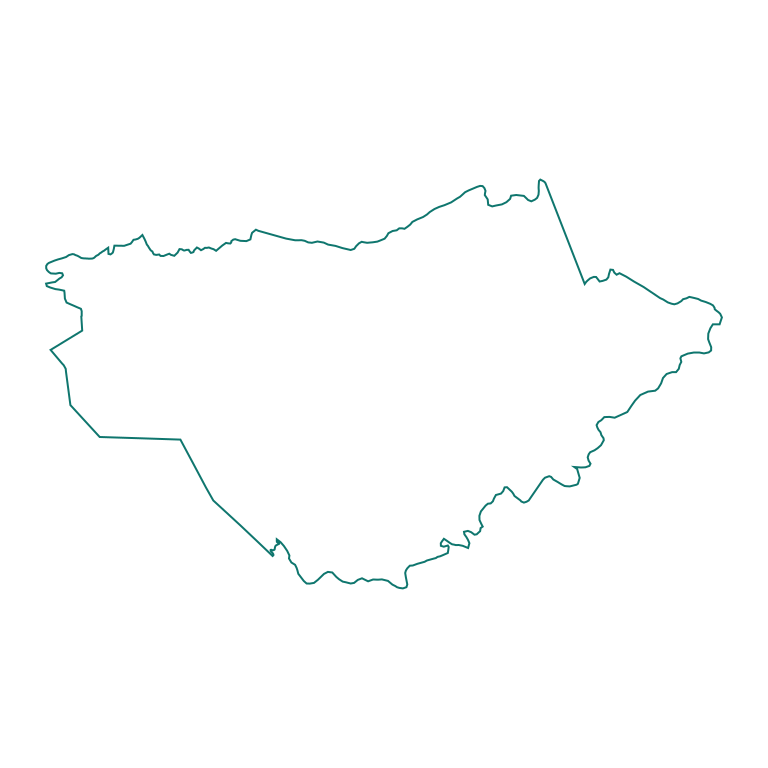 Cosautlán de Carvajal, Veracruz, Mexico
{"feature_id": "50627088B10662501501563", "entity_name": "Cosautlán de Carvajal", "entity_type": "district", "adm_level": 2, "iso_a3": "MEX", "parent_name": "Mexico", "parent_adm1": "Veracruz", "projection": "orthographic", "projection_center": [-96.973, 19.329], "detail": "fine", "context": "isolated", "style": "outline", "palette": "teal", "viewbox_px": 768, "rotation_deg": 0, "n_neighbors": 0, "source": "geoboundaries", "source_scale": "gbopen_adm2", "svg_char_len": 6051}
<svg xmlns="http://www.w3.org/2000/svg" viewBox="0 0 768 768"><path d="M714.8,309.3L714.5,307.7L713.0,305.4L710.2,303.8L705.7,302.0L701.1,300.6L698.2,299.0L694.7,298.1L691.7,297.4L689.3,296.9L686.5,298.3L683.1,299.2L681.3,301.1L677.5,303.4L674.3,304.3L671.5,303.7L667.8,302.4L663.2,299.5L660.1,298.1L643.6,287.0L634.1,281.6L626.3,276.7L619.5,273.2L616.6,274.7L614.3,272.6L613.0,269.9L610.4,269.6L609.0,274.0L608.3,277.3L606.4,279.6L602.6,280.9L599.6,281.5L597.6,278.9L596.1,277.0L593.8,276.9L590.1,278.4L587.6,280.5L586.2,281.9L584.7,284.0L566.7,237.7L552.5,201.2L545.5,183.2L544.5,181.9L543.1,181.0L540.3,179.6L539.0,181.0L538.7,185.3L538.6,187.8L538.8,191.0L538.5,194.7L537.1,197.9L534.8,199.7L531.3,201.3L528.1,200.0L526.6,198.5L523.9,195.9L516.2,195.0L511.1,195.7L510.1,198.9L506.4,202.2L501.9,204.4L496.1,205.5L492.2,206.4L488.2,204.8L487.7,199.4L486.1,197.0L484.8,195.1L485.0,193.3L485.5,190.9L484.4,188.1L482.6,186.1L480.1,185.9L477.0,186.9L471.8,189.1L468.7,190.4L465.1,192.2L462.7,194.4L460.0,196.8L457.2,198.4L451.1,202.4L444.4,205.2L439.2,206.9L434.5,209.0L429.8,212.0L427.0,214.5L423.1,217.0L417.2,219.4L412.4,221.9L410.2,224.6L407.4,226.8L404.5,228.8L401.9,228.3L399.3,228.3L396.7,230.3L392.6,231.0L388.4,233.2L386.9,235.9L384.6,238.7L380.2,240.5L377.4,241.6L372.8,242.3L367.1,242.8L363.5,242.2L361.7,241.8L359.0,243.3L356.1,246.2L354.3,248.8L350.7,250.0L342.5,248.1L335.5,245.9L328.1,244.6L323.8,242.6L319.2,241.8L317.5,241.5L311.9,242.8L308.2,242.4L304.7,240.8L301.6,240.2L295.3,240.3L286.1,238.6L258.3,230.8L255.9,229.7L252.1,232.8L251.4,234.9L250.8,237.5L250.4,239.4L246.4,241.1L244.5,241.0L240.3,240.8L237.4,239.9L236.7,239.7L235.2,239.2L233.3,239.6L231.3,241.2L231.2,242.5L230.3,243.5L227.9,243.3L226.0,242.9L224.9,243.7L222.2,245.6L216.1,250.8L213.6,249.2L211.3,248.5L208.9,247.5L206.7,247.9L205.0,247.8L203.2,249.1L201.0,250.2L198.8,248.5L196.9,247.5L194.1,250.4L193.4,252.1L191.8,252.7L190.9,252.9L189.7,251.5L188.6,249.8L186.5,249.9L184.6,250.5L183.6,250.4L181.8,249.3L179.5,249.1L177.6,252.6L174.3,255.8L170.8,254.8L169.3,253.7L167.2,254.5L163.5,256.0L160.5,255.9L159.2,254.5L156.2,254.9L153.9,254.4L153.0,253.0L152.4,251.5L150.7,250.3L148.9,247.6L148.0,246.0L146.8,244.5L145.8,241.9L145.1,240.3L144.4,238.8L142.4,235.0L140.8,236.5L139.4,237.8L137.8,238.8L135.5,239.5L133.5,239.8L132.0,242.0L130.6,243.7L127.8,244.6L124.2,245.8L117.6,245.7L114.4,245.7L114.1,247.3L113.8,249.0L113.1,251.7L112.8,252.6L111.8,253.5L110.5,254.4L108.5,253.9L108.2,247.7L105.9,249.3L104.3,250.5L103.6,251.0L102.7,251.4L100.8,252.8L99.7,253.4L98.8,254.4L97.8,255.1L96.7,255.6L95.8,256.2L94.9,257.1L94.1,257.8L93.1,258.3L92.0,258.6L90.9,258.6L89.7,258.7L88.6,258.7L87.5,258.5L86.3,258.5L85.2,258.4L84.0,258.4L81.8,258.1L80.7,257.7L79.7,257.0L77.7,255.9L77.0,255.6L75.5,255.1L74.0,254.3L72.4,254.1L68.9,255.1L66.1,257.0L61.8,258.4L58.1,259.4L54.5,260.6L48.9,262.9L47.4,264.0L46.2,265.9L46.2,268.3L47.0,270.1L48.7,271.9L50.1,272.9L50.9,273.4L55.8,273.7L59.3,272.9L62.2,273.3L63.0,275.3L61.6,277.3L59.5,278.5L57.4,280.2L55.1,282.0L52.2,282.4L46.1,283.6L46.8,286.1L50.2,287.5L55.4,289.1L59.1,289.6L64.2,290.7L64.5,292.6L64.9,298.6L66.6,302.6L66.9,302.7L70.0,304.1L74.2,305.9L77.1,307.2L80.9,308.8L81.2,309.7L81.4,310.2L81.7,311.2L81.7,311.8L81.7,315.8L81.5,316.4L81.3,316.5L82.2,330.6L50.6,349.9L62.0,363.4L63.7,365.2L65.7,368.8L66.0,371.8L70.4,405.1L85.0,421.0L99.7,437.0L141.2,438.3L180.4,439.6L194.2,465.4L206.0,487.6L213.3,500.5L240.5,525.5L257.0,541.1L272.6,556.0L273.4,555.2L273.4,554.5L273.1,553.8L272.4,552.8L271.5,552.0L270.9,551.2L270.6,550.5L270.7,549.9L271.5,549.8L272.5,550.3L273.3,550.2L274.1,549.9L274.6,549.5L274.8,548.3L275.0,547.2L275.4,546.1L276.0,545.4L277.0,544.9L279.1,543.8L279.1,543.2L278.2,542.8L277.4,542.4L276.9,541.9L276.8,541.0L276.8,539.3L280.6,542.2L283.9,546.0L287.2,550.9L289.4,555.5L289.0,558.5L291.4,562.5L295.1,564.8L296.6,567.9L297.4,570.3L298.3,573.8L300.0,576.0L301.9,578.5L303.8,581.0L306.6,583.5L309.8,583.6L314.0,582.9L317.9,579.8L324.0,573.9L327.9,571.9L332.3,572.5L334.1,574.5L336.3,576.9L339.0,579.2L342.7,581.6L346.0,582.3L347.5,582.7L350.7,583.5L354.1,582.9L357.8,579.9L362.0,578.3L368.1,581.3L373.1,579.5L377.9,579.7L381.9,579.4L388.0,580.9L392.4,584.6L395.4,586.1L397.0,587.2L399.3,587.9L402.9,588.4L406.4,587.2L407.3,584.5L405.9,577.4L405.2,573.0L405.9,570.5L407.3,568.3L409.8,565.7L412.8,565.5L417.4,563.8L424.6,561.8L426.9,560.5L431.2,559.3L434.1,558.5L435.8,558.1L437.5,556.9L440.1,556.3L442.5,555.3L447.8,553.0L448.2,550.6L448.7,547.0L447.8,545.5L443.8,546.7L440.9,545.8L440.8,543.2L441.9,541.5L443.9,538.8L446.6,540.6L450.0,543.0L452.1,544.3L453.9,544.6L455.9,545.1L458.7,545.0L462.7,545.8L468.1,548.0L469.4,543.2L468.0,539.9L466.4,537.1L464.4,534.3L464.0,531.8L467.9,530.9L471.2,532.2L474.5,534.7L476.7,534.3L478.3,532.8L480.1,531.2L480.6,528.1L482.7,526.6L481.4,524.1L480.5,522.2L479.5,520.0L479.4,515.8L480.9,511.4L485.6,505.6L487.9,503.7L490.7,503.4L492.9,501.3L493.9,498.7L495.9,495.0L501.0,493.6L503.2,491.1L504.6,487.4L507.0,487.2L511.8,491.7L513.2,493.6L514.5,496.0L520.4,500.4L521.3,501.5L523.9,502.6L526.7,501.7L527.1,501.4L528.7,500.5L543.0,479.7L545.0,477.7L549.2,476.2L551.1,476.9L553.3,479.5L557.7,482.0L560.1,483.5L561.8,484.5L564.6,486.0L566.3,486.2L569.8,486.4L576.6,484.7L577.9,483.8L579.7,477.9L577.5,470.3L577.2,469.1L574.3,467.0L581.1,467.5L585.4,467.3L589.4,465.9L590.5,463.7L588.6,460.6L587.7,457.3L588.7,454.3L590.2,452.2L594.5,450.3L597.6,448.2L601.0,445.2L603.8,440.2L603.5,438.2L601.4,435.2L600.5,432.2L598.5,429.8L597.3,427.4L596.6,425.1L598.4,422.0L601.3,420.2L604.3,417.1L609.5,416.9L614.7,417.7L627.3,412.0L631.5,405.7L635.1,400.6L640.3,395.0L648.0,391.6L655.2,390.7L658.1,388.4L661.1,383.4L663.0,378.0L666.6,374.0L672.2,372.1L676.1,372.1L678.8,368.8L679.7,365.0L681.3,361.9L680.4,358.3L681.4,356.3L687.8,353.6L694.0,352.5L699.2,352.5L704.0,353.4L708.7,352.4L711.1,350.5L711.2,347.2L709.2,342.2L708.1,339.1L708.3,333.6L710.4,328.2L712.9,324.3L719.6,324.3L721.9,317.4L720.2,313.8L718.5,312.2L716.6,310.8L714.8,309.3Z" fill="none" stroke="#0f766e" stroke-width="2"/></svg>